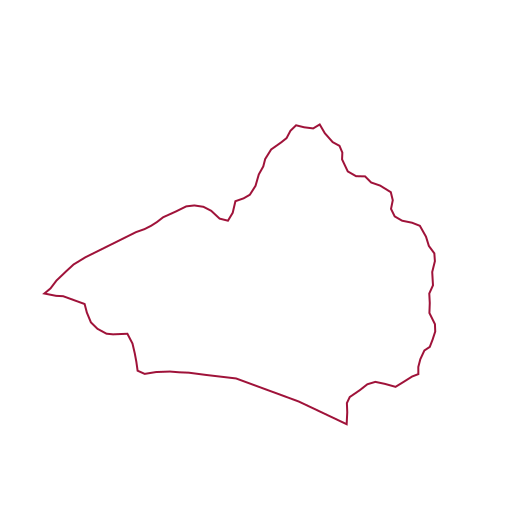 Severínia, São Paulo, Brazil, rotated 16°
{"feature_id": "56859067B63517445883281", "entity_name": "Severínia", "entity_type": "district", "adm_level": 2, "iso_a3": "BRA", "parent_name": "Brazil", "parent_adm1": "São Paulo", "projection": "albers", "projection_center": [-48.796, -20.784], "detail": "fine", "context": "isolated", "style": "outline", "palette": "rose", "viewbox_px": 512, "rotation_deg": 16, "n_neighbors": 0, "source": "geoboundaries", "source_scale": "gbopen_adm2", "svg_char_len": 1380}
<svg xmlns="http://www.w3.org/2000/svg" viewBox="0 0 512 512"><g transform="rotate(16 256 256)"><path d="M281.0,112.0L275.8,117.6L266.8,119.0L258.5,119.3L254.6,126.1L252.9,134.2L249.0,139.7L241.2,149.4L238.1,160.2L238.3,167.9L236.2,176.8L236.2,188.7L233.2,198.8L228.2,204.0L221.1,209.0L221.7,220.9L219.3,229.8L210.7,230.1L200.5,224.9L191.9,223.2L182.8,224.4L175.3,227.5L166.6,235.4L156.1,244.3L151.4,250.7L146.8,255.9L141.4,260.9L134.1,266.1L92.4,304.2L83.0,314.4L77.8,322.9L71.0,334.5L67.4,343.8L62.9,350.4L74.8,349.4L81.7,347.8L93.1,348.6L104.5,349.4L109.0,357.0L115.6,365.3L123.7,369.7L133.7,371.9L140.2,370.7L153.8,366.2L161.4,374.2L166.3,383.0L170.2,390.8L173.8,398.9L181.5,400.0L191.9,395.1L205.1,390.8L214.5,388.9L223.5,386.7L240.8,384.1L270.6,379.2L337.2,384.1L389.5,392.7L386.8,381.1L383.9,372.3L385.0,365.7L392.8,356.3L398.4,348.6L405.4,344.1L415.1,343.4L426.2,343.3L432.7,336.2L439.3,328.8L444.6,324.8L442.6,317.9L442.4,309.9L443.9,300.4L448.1,295.5L448.8,287.7L449.1,279.2L446.8,272.2L438.4,263.0L436.0,253.3L432.9,244.3L434.2,235.4L429.8,222.8L429.4,211.7L426.7,204.3L419.4,198.7L414.1,190.6L405.2,181.8L396.8,181.0L386.7,181.8L378.4,179.7L372.8,173.5L372.1,164.7L368.0,157.5L355.9,154.1L346.4,153.6L338.9,149.4L330.2,151.7L320.9,149.4L312.1,139.4L310.5,132.8L305.9,127.1L298.3,125.4L288.3,119.0L281.0,112.0Z" fill="none" stroke="#9f1239" stroke-width="2"/></g></svg>